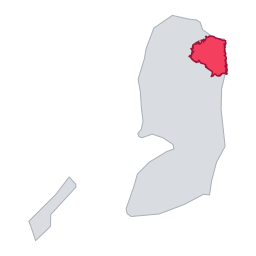 Tubas, West Bank, Palestine shown in context
{"feature_id": "87354302B78640432651808", "entity_name": "Tubas", "entity_type": "district", "adm_level": 2, "iso_a3": "PSE", "parent_name": "Palestine", "parent_adm1": "West Bank", "projection": "mercator", "projection_center": [35.475, 32.295], "detail": "fine", "context": "in_parent", "style": "filled", "palette": "rose", "viewbox_px": 256, "rotation_deg": 0, "n_neighbors": 0, "source": "geoboundaries", "source_scale": "gbopen_adm2", "svg_char_len": 5313}
<svg xmlns="http://www.w3.org/2000/svg" viewBox="0 0 256 256"><path d="M224.0,39.1L227.0,66.0L221.6,89.0L221.1,109.1L225.1,146.4L216.5,162.2L211.6,180.8L209.5,194.9L203.4,194.3L184.4,204.4L159.1,214.0L131.2,216.5L127.2,213.7L126.1,208.8L134.3,185.2L137.4,174.0L149.5,162.0L166.6,151.6L173.9,149.0L173.0,144.5L162.8,137.7L152.2,134.1L142.0,137.7L138.9,136.6L137.8,133.5L141.3,129.2L143.0,121.3L141.4,108.0L140.3,91.7L138.1,79.1L144.4,58.7L146.0,48.9L153.9,28.0L172.4,15.4L188.3,19.0L196.7,20.0L200.3,22.4L202.6,29.7L214.4,38.1L224.0,39.1ZM69.1,177.0L75.8,184.3L76.0,187.0L50.7,214.6L50.5,226.4L35.6,240.6L30.9,226.5L28.8,221.3L56.1,194.1L69.1,177.0Z" fill="#d9dde1" stroke="#a8b0b8" stroke-width="1"/><path d="M226.6,74.1L226.6,73.9L227.0,73.8L227.1,73.7L226.7,73.2L226.7,72.6L226.4,72.6L225.9,72.9L225.6,72.8L225.6,72.6L225.8,72.3L225.9,72.1L226.1,71.8L226.1,71.7L225.8,71.5L225.7,71.3L225.8,71.0L225.9,70.9L226.0,70.9L226.1,71.2L226.2,71.3L226.3,71.3L226.5,71.0L226.7,70.9L226.9,70.9L227.0,71.0L227.2,70.9L227.1,70.7L227.1,70.3L226.8,69.9L226.6,70.1L226.0,69.7L225.9,69.6L226.0,69.4L226.4,69.2L226.5,69.2L227.0,69.4L227.1,69.2L227.0,68.9L226.6,69.0L226.5,68.8L226.5,68.7L226.6,68.4L226.7,67.5L226.7,67.3L226.5,67.2L226.3,67.2L226.3,67.5L226.2,67.6L225.8,67.6L225.7,67.4L225.6,66.7L225.1,66.5L225.0,66.1L225.3,66.0L225.5,66.2L225.8,66.1L225.7,65.9L225.7,65.7L225.7,65.4L225.9,65.4L226.0,65.5L226.1,65.9L226.3,66.0L226.6,65.9L226.5,65.7L226.3,65.7L226.2,65.6L226.5,65.3L226.8,65.4L226.9,65.1L226.9,64.9L226.6,64.8L226.6,64.7L226.5,64.3L226.4,64.0L226.2,63.9L225.8,63.9L225.7,63.8L225.6,63.7L225.6,63.4L225.7,63.1L225.9,62.4L226.0,61.9L225.4,61.6L225.2,60.8L225.0,60.1L225.4,60.0L225.7,59.7L226.0,59.7L226.1,59.4L226.0,59.2L226.1,58.8L226.2,58.6L226.3,58.2L226.2,57.8L226.0,57.3L225.8,57.0L225.6,56.5L225.6,56.2L225.0,55.9L224.6,55.8L224.5,55.7L224.9,55.4L224.9,55.2L225.0,55.0L225.3,54.9L225.1,54.9L225.3,54.7L225.7,54.1L225.8,53.8L225.4,53.2L225.4,52.7L225.3,52.4L225.0,52.1L224.4,51.8L224.3,51.7L224.3,51.4L224.6,51.0L224.5,50.4L224.8,50.2L224.7,49.5L224.6,48.8L224.5,48.2L224.4,48.0L224.9,47.4L225.2,47.3L225.2,47.2L224.8,46.6L224.5,46.1L224.7,45.8L224.8,45.7L224.7,45.6L224.3,45.3L224.3,45.0L224.4,44.6L224.2,44.0L224.3,44.0L224.5,44.0L225.0,44.3L225.1,44.5L224.9,44.9L224.9,45.0L225.1,45.2L225.8,43.6L225.8,43.2L225.8,42.8L225.7,42.5L225.7,42.2L225.3,41.8L225.3,41.4L225.6,41.0L225.6,40.9L225.4,40.9L225.0,40.7L224.5,40.2L224.4,40.2L224.2,40.3L224.0,40.2L223.4,40.2L222.8,40.5L222.6,40.5L222.2,40.3L221.7,39.8L221.0,39.5L219.7,39.1L219.4,39.1L218.7,38.8L217.8,38.5L216.1,38.1L215.8,38.2L215.2,37.7L214.3,36.9L213.9,36.7L213.6,36.5L212.5,36.4L212.3,36.3L212.0,36.3L211.9,36.2L211.6,36.3L211.1,36.2L210.9,36.3L210.5,36.1L210.1,36.2L209.8,36.1L209.7,36.3L209.1,36.6L208.7,36.5L208.5,37.0L208.1,37.3L206.9,37.0L206.6,36.8L206.1,36.3L205.7,36.5L206.0,37.2L206.3,37.6L206.3,38.1L206.1,38.4L205.4,39.5L205.3,39.8L205.0,40.4L204.9,40.3L205.0,39.9L203.8,39.4L203.4,39.5L203.7,40.2L203.7,41.0L203.5,41.3L203.5,41.5L203.0,40.8L202.5,40.5L202.2,40.4L202.2,40.5L201.9,40.6L201.6,40.3L201.1,40.4L201.1,40.6L201.4,41.0L201.4,42.3L201.3,42.6L200.7,43.4L199.7,44.1L199.2,43.7L199.0,43.8L198.9,43.5L199.0,43.4L199.4,43.4L199.5,43.2L199.4,43.0L199.2,43.0L199.1,42.7L198.7,42.3L198.7,41.4L197.8,42.0L197.9,42.3L197.9,42.5L197.8,42.4L197.3,42.4L197.6,42.9L197.2,42.9L196.7,43.0L196.4,43.0L196.5,43.1L196.7,43.3L196.7,43.6L196.4,43.9L196.0,44.1L195.9,44.1L195.3,44.0L195.2,44.0L194.9,43.9L194.6,43.9L194.4,44.0L193.6,44.5L193.1,44.8L192.7,46.2L193.1,46.3L193.3,46.4L193.3,46.7L192.8,46.8L193.0,47.4L192.9,47.9L193.1,48.1L192.9,48.2L192.3,48.1L191.8,48.3L191.5,48.5L192.0,48.6L192.3,48.8L192.2,48.9L192.2,49.2L191.5,49.1L191.4,49.3L191.8,49.9L192.3,50.9L192.5,51.0L193.0,51.4L193.3,51.4L193.0,51.7L193.3,51.9L193.0,52.4L192.5,53.3L192.4,53.4L191.8,52.9L191.8,53.2L191.8,53.3L191.7,54.8L191.3,55.0L190.3,55.4L190.6,55.7L190.0,55.7L189.9,56.0L189.9,56.3L189.6,56.2L189.2,56.4L189.2,56.5L189.7,56.5L189.8,56.8L190.0,56.8L190.4,56.9L190.9,56.9L190.9,57.0L190.9,57.8L191.6,58.9L192.4,59.2L192.3,59.5L192.7,59.8L192.8,59.9L192.8,60.2L192.6,60.2L193.0,60.3L193.4,60.5L194.1,60.9L194.1,61.0L194.3,61.2L194.8,61.4L195.1,61.6L195.4,61.8L195.5,61.7L195.8,61.7L195.9,61.8L196.0,62.1L196.3,62.4L197.2,61.9L197.5,61.9L197.3,61.7L197.8,61.5L197.9,61.4L198.2,61.0L198.5,60.6L198.8,60.3L200.6,62.7L201.3,63.3L202.7,63.5L203.1,63.6L203.5,63.8L204.0,63.9L205.8,65.0L205.7,65.2L205.7,65.3L205.6,65.7L205.5,65.8L205.4,66.0L205.5,66.1L205.7,66.3L205.8,66.6L205.8,66.8L206.0,66.8L205.9,66.9L205.9,67.0L206.2,66.9L206.3,66.9L206.5,67.1L206.5,67.3L206.7,67.7L207.1,68.1L208.0,68.7L208.7,69.2L211.6,71.1L212.2,71.6L212.4,72.4L212.3,73.3L212.2,74.1L212.0,74.9L211.7,75.5L211.3,76.3L211.4,76.5L211.6,76.5L211.9,76.4L212.5,75.9L213.0,75.9L213.4,75.6L213.7,75.3L214.1,74.5L214.4,74.3L215.0,74.1L215.3,74.2L215.5,74.3L216.1,74.9L216.4,75.3L217.4,75.8L218.2,76.0L218.4,76.0L218.5,75.8L219.0,75.4L219.6,75.9L220.0,75.9L220.2,75.6L220.3,75.4L220.3,75.2L220.8,75.1L220.9,74.8L221.4,74.5L221.4,74.4L221.3,74.1L221.9,73.8L221.9,73.7L222.0,73.5L222.5,73.4L222.9,73.3L223.1,73.3L223.5,73.4L223.8,73.5L223.9,73.4L224.2,73.3L224.4,73.2L224.6,73.2L224.9,73.4L225.1,73.4L225.3,73.8L225.8,73.8L226.1,74.0L226.6,74.1Z" fill="#f43f5e" stroke="#9f1239" stroke-width="1.5"/></svg>